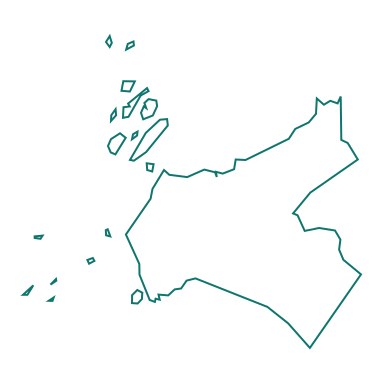 Muna Barat, Sulawesi Tenggara, Indonesia (Albers equal-area conic projection)
{"feature_id": "22746128B23924471266348", "entity_name": "Muna Barat", "entity_type": "district", "adm_level": 2, "iso_a3": "IDN", "parent_name": "Indonesia", "parent_adm1": "Sulawesi Tenggara", "projection": "albers", "projection_center": [122.382, -4.771], "detail": "medium", "context": "isolated", "style": "outline", "palette": "teal", "viewbox_px": 384, "rotation_deg": 0, "n_neighbors": 0, "source": "geoboundaries", "source_scale": "gbopen_adm2", "svg_char_len": 1898}
<svg xmlns="http://www.w3.org/2000/svg" viewBox="0 0 384 384"><path d="M340.7,96.5L337.6,103.4L330.3,100.8L323.9,104.7L316.8,98.5L316.0,113.8L308.7,122.5L295.3,128.9L288.8,138.8L245.5,160.0L235.7,159.5L234.1,169.2L222.7,173.6L215.9,171.8L216.8,177.0L215.1,172.3L204.3,169.6L187.2,177.1L169.3,174.8L164.0,170.0L152.5,188.9L150.6,198.7L125.9,234.5L139.3,263.9L139.5,274.7L149.7,300.0L154.9,301.9L155.6,298.7L159.7,299.7L158.5,294.6L168.2,295.4L174.7,289.4L181.1,288.5L186.6,280.6L195.5,278.4L267.4,306.9L288.1,323.3L309.9,347.9L361.0,274.4L343.4,259.8L339.1,249.6L340.4,239.6L335.0,230.5L319.1,228.0L304.7,230.9L297.6,215.3L293.1,213.4L310.3,192.6L357.8,159.5L347.7,143.0L341.3,139.9L340.7,96.5ZM146.1,152.1L167.8,125.5L167.1,119.1L160.0,119.7L145.8,132.9L130.0,159.9L133.9,160.7L146.1,152.1ZM148.6,99.1L144.4,103.0L146.2,108.1L143.8,106.4L141.0,112.8L143.2,119.3L152.8,115.5L157.1,106.2L156.3,100.6L148.6,99.1ZM115.4,154.4L125.7,137.8L120.0,133.3L111.0,139.1L108.0,146.0L110.7,152.4L115.4,154.4ZM140.7,95.5L148.6,91.1L147.0,88.1L128.1,103.6L129.8,106.5L123.5,107.2L123.0,117.8L128.5,116.8L140.7,95.5ZM134.8,81.4L123.3,81.2L121.5,90.8L129.9,91.5L134.8,81.4ZM137.3,290.0L132.1,295.2L132.0,303.1L137.6,303.5L141.9,299.1L142.3,292.7L137.3,290.0ZM153.6,164.2L146.7,163.3L147.2,170.0L152.2,171.5L153.6,164.2ZM109.7,47.0L111.8,42.9L109.7,36.1L106.0,42.0L109.7,47.0ZM126.2,49.6L133.9,45.5L133.5,41.5L127.8,43.9L126.2,49.6ZM111.0,121.0L116.1,115.3L115.6,109.2L111.3,115.2L111.0,121.0ZM27.4,294.8L33.3,285.4L23.0,294.8L27.4,294.8ZM137.5,131.6L133.0,134.3L132.0,139.3L137.1,135.5L137.5,131.6ZM89.1,263.7L94.4,260.9L92.8,258.0L87.4,260.0L89.1,263.7ZM110.3,236.4L107.7,229.3L105.8,230.2L106.1,235.3L110.3,236.4ZM48.7,300.8L52.5,300.9L53.7,297.5L48.7,300.8ZM42.6,235.6L34.6,236.4L34.7,238.0L40.5,238.8L42.6,235.6ZM50.5,284.6L56.3,280.7L56.0,279.0L50.5,284.6Z" fill="none" stroke="#0f766e" stroke-width="2"/></svg>